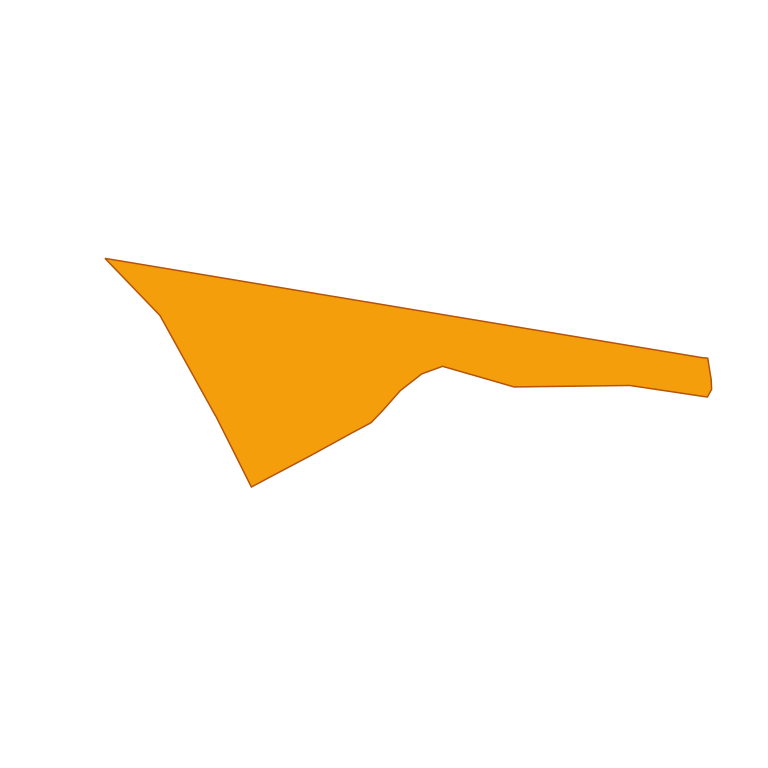 Chiredzi Urban, Masvingo, Zimbabwe, rotated 22°
{"feature_id": "62879985B81925630456869", "entity_name": "Chiredzi Urban", "entity_type": "district", "adm_level": 2, "iso_a3": "ZWE", "parent_name": "Zimbabwe", "parent_adm1": "Masvingo", "projection": "mercator", "projection_center": [31.689, -21.032], "detail": "fine", "context": "isolated", "style": "filled", "palette": "amber", "viewbox_px": 768, "rotation_deg": 22, "n_neighbors": 0, "source": "geoboundaries", "source_scale": "gbopen_adm2", "svg_char_len": 588}
<svg xmlns="http://www.w3.org/2000/svg" viewBox="0 0 768 768"><g transform="rotate(22 384 384)"><path d="M291.6,324.6L78.4,372.0L78.2,372.0L150.6,404.4L239.4,476.4L240.1,476.8L262.4,496.4L265.6,499.2L269.0,502.2L273.3,506.0L274.0,506.6L299.6,529.2L312.9,513.3L342.9,477.7L371.7,442.4L386.5,424.7L391.4,412.5L392.7,409.2L401.6,384.0L415.2,360.5L431.6,345.7L505.7,338.0L612.4,293.3L684.9,275.9L688.7,274.9L689.8,266.3L685.7,257.3L681.2,249.9L674.5,238.8L667.9,240.7L492.3,279.9L375.5,305.9L374.6,306.1L324.8,317.2L291.6,324.6Z" fill="#f59e0b" stroke="#b45309" stroke-width="1.5"/></g></svg>